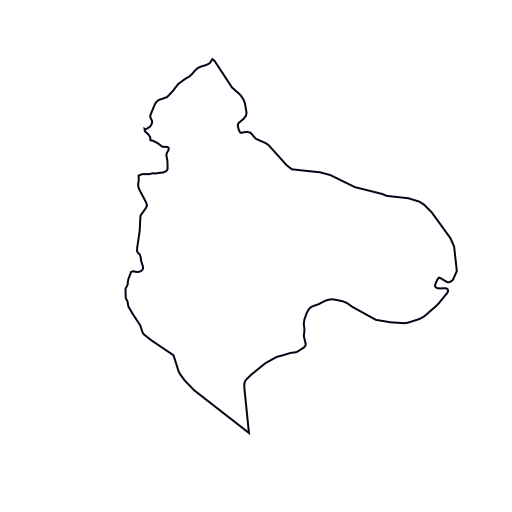 outline of Aleppo, rotated 38°
{"feature_id": "SYR-137", "entity_name": "Aleppo", "entity_type": "Province", "adm_level": 1, "iso_a3": "SYR", "parent_name": "Syria", "parent_adm1": "", "projection": "robinson", "projection_center": [37.495, 36.172], "detail": "fine", "context": "isolated", "style": "outline", "palette": "ink", "viewbox_px": 512, "rotation_deg": 38, "n_neighbors": 0, "source": "natural_earth", "source_scale": "10m", "svg_char_len": 3269}
<svg xmlns="http://www.w3.org/2000/svg" viewBox="0 0 512 512"><g transform="rotate(38 256 256)"><path d="M356.9,112.1L367.5,113.4L398.3,122.3L406.3,126.6L423.5,144.2L425.7,152.9L425.8,153.7L425.7,154.6L425.4,155.8L424.4,157.6L423.7,158.3L422.9,158.8L414.8,159.9L414.1,160.1L413.5,160.4L413.4,161.5L413.5,163.1L414.3,166.6L414.9,168.2L415.4,169.3L416.0,169.7L416.6,169.9L417.3,169.9L418.0,169.9L419.3,169.4L420.9,168.3L424.8,165.0L425.9,164.4L426.6,164.2L427.3,164.2L428.0,164.5L428.5,164.9L428.9,165.4L429.1,166.0L429.3,166.6L429.4,167.4L429.2,180.5L428.5,186.0L427.3,191.7L427.3,191.8L426.1,198.4L425.1,201.8L423.2,205.6L417.0,214.7L415.6,216.3L413.7,218.0L403.0,225.3L389.8,232.5L363.0,236.8L356.9,237.0L352.4,238.2L345.7,241.5L343.0,243.0L342.1,243.7L340.3,245.6L338.6,247.9L337.1,250.7L335.1,255.3L331.6,260.7L331.0,262.0L330.6,263.4L330.4,264.8L330.6,267.2L331.2,270.3L333.2,276.1L334.7,278.9L336.2,280.9L338.6,283.2L340.7,285.9L342.8,289.4L342.9,289.6L349.4,294.8L350.0,295.8L350.2,296.9L350.0,298.9L349.7,299.9L349.4,300.7L349.1,301.2L348.4,303.6L347.3,306.3L346.9,306.9L346.1,307.9L342.9,311.1L336.7,319.9L336.2,320.4L335.4,321.4L334.0,323.8L329.4,334.6L325.3,352.4L324.4,359.3L324.4,360.2L324.5,361.2L324.9,362.5L325.2,363.4L325.6,364.1L328.0,367.1L359.4,399.8L289.9,399.9L276.1,397.9L268.8,395.8L266.1,394.6L255.3,387.2L255.2,387.1L252.0,385.0L225.3,386.9L215.8,386.8L214.6,386.5L213.2,385.8L207.4,381.9L193.5,377.2L186.7,374.4L185.9,373.9L183.4,371.5L182.4,370.8L181.5,370.3L180.2,369.8L179.3,369.3L174.2,363.3L173.3,362.0L172.7,358.5L172.2,357.2L171.2,355.7L169.7,352.9L167.4,345.5L168.2,344.1L169.2,343.3L171.1,342.5L171.6,342.2L172.6,341.4L173.4,340.6L174.0,339.9L174.6,338.7L174.8,338.0L174.9,337.2L174.9,336.4L174.8,335.7L174.3,334.9L173.5,334.0L168.8,330.8L165.5,327.7L163.5,326.4L161.0,326.1L160.2,325.8L159.5,325.6L158.5,324.4L157.2,322.5L149.0,308.0L140.3,295.6L140.1,294.8L140.0,294.1L140.0,292.4L139.7,286.3L139.4,284.9L139.1,283.5L138.1,282.6L136.5,281.5L123.0,275.4L121.5,274.5L120.0,273.2L118.5,271.5L117.4,269.1L114.0,264.8L116.0,261.5L121.5,257.2L122.3,256.2L123.1,255.1L123.9,254.2L124.3,253.9L124.6,253.7L126.2,252.8L126.6,252.3L127.8,250.8L131.1,247.6L131.9,246.5L132.6,245.3L132.9,244.6L133.0,243.8L133.0,242.8L132.4,241.4L128.1,236.1L123.2,231.6L122.3,229.9L121.9,226.9L121.7,226.2L121.5,225.6L121.1,225.1L120.6,224.6L119.8,224.5L118.7,224.8L115.3,227.4L114.4,227.6L109.2,227.6L103.6,228.7L101.5,229.8L99.6,227.6L97.0,226.6L91.6,226.1L90.0,224.5L90.7,224.5L91.7,222.7L92.7,219.8L92.8,218.0L92.6,216.6L92.1,215.2L91.3,213.9L90.6,213.4L88.0,212.2L86.9,211.3L86.0,209.8L83.0,199.2L82.6,195.9L83.3,193.0L88.1,185.5L88.9,177.1L88.8,168.4L91.1,160.1L93.0,155.5L93.6,151.7L93.7,147.9L94.4,143.6L96.5,139.8L99.1,136.3L100.9,132.5L100.4,127.7L101.9,127.7L103.4,127.9L103.6,127.9L133.4,138.0L143.6,138.6L146.7,139.3L149.9,140.5L153.0,142.3L155.5,144.5L160.4,149.0L161.7,151.5L161.8,155.5L160.4,161.8L161.0,164.1L164.0,166.7L167.2,168.4L168.7,168.0L170.0,166.2L172.5,163.7L175.6,162.3L178.3,162.6L180.9,163.3L183.9,163.7L194.2,161.1L197.8,160.9L224.2,165.6L230.9,165.6L243.3,157.9L254.8,150.7L264.6,146.5L291.4,140.9L317.4,129.4L321.9,128.2L324.8,126.4L340.5,116.7L351.3,112.6L356.9,112.1Z" fill="none" stroke="#020617" stroke-width="2"/></g></svg>